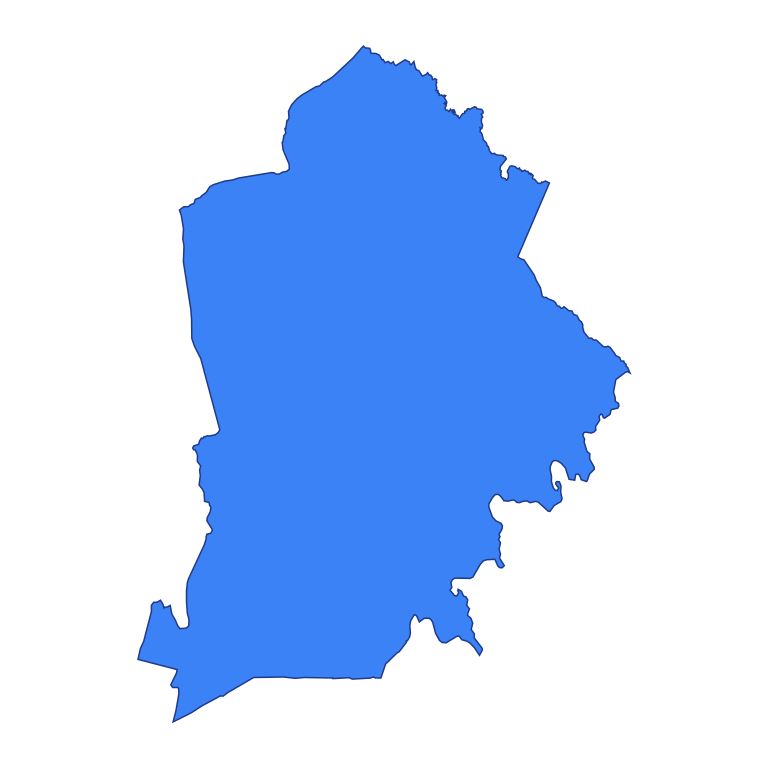 Kompienga, Kompienga, Burkina Faso
{"feature_id": "67063806B63358793036390", "entity_name": "Kompienga", "entity_type": "district", "adm_level": 2, "iso_a3": "BFA", "parent_name": "Burkina Faso", "parent_adm1": "Kompienga", "projection": "equal_earth", "projection_center": [0.936, 11.436], "detail": "fine", "context": "isolated", "style": "filled", "palette": "blue", "viewbox_px": 768, "rotation_deg": 0, "n_neighbors": 0, "source": "geoboundaries", "source_scale": "gbopen_adm2", "svg_char_len": 6074}
<svg xmlns="http://www.w3.org/2000/svg" viewBox="0 0 768 768"><path d="M179.4,210.1L181.3,215.4L183.5,228.9L182.8,238.8L184.0,246.0L183.4,261.8L190.8,309.3L191.6,319.9L191.8,338.4L194.6,346.5L200.8,358.7L219.8,429.7L218.3,432.4L215.5,434.7L209.1,436.0L207.1,435.7L205.1,436.9L204.1,436.6L202.6,438.5L201.4,438.1L199.7,440.7L198.6,444.3L193.7,445.9L192.7,448.0L193.5,449.7L195.0,449.8L196.5,452.5L197.5,455.3L197.3,461.4L200.6,465.8L199.6,470.3L200.3,475.7L199.1,485.0L202.6,489.4L204.1,492.9L204.6,501.4L209.0,502.4L209.7,505.5L210.9,507.3L210.2,511.8L207.2,517.7L206.9,520.8L212.1,529.3L212.2,530.7L210.7,533.3L207.0,534.1L206.1,536.6L206.1,539.1L204.2,545.0L188.6,578.6L187.4,582.4L186.5,590.5L186.5,601.7L187.3,613.0L189.0,619.6L188.8,625.4L187.7,627.0L185.6,628.2L179.9,628.6L177.6,625.6L175.4,620.2L171.8,614.0L170.2,605.4L166.7,607.2L164.6,607.1L164.1,607.9L162.7,603.8L160.5,600.2L157.1,602.2L153.7,602.3L151.4,605.3L151.4,611.7L143.7,641.3L140.4,648.5L138.0,659.4L177.2,669.6L176.4,673.2L170.8,684.9L172.7,687.5L177.9,687.5L178.7,689.0L178.9,693.6L176.0,710.4L173.1,721.9L191.4,712.7L201.7,706.0L220.1,696.0L223.1,696.1L227.6,692.7L253.6,677.5L283.3,677.0L295.2,678.3L304.3,677.5L333.0,678.0L333.0,678.6L349.1,677.7L352.3,679.1L369.9,678.1L373.9,677.0L375.1,677.9L380.9,678.0L385.6,664.0L397.0,653.0L399.2,651.7L406.2,642.6L406.1,641.0L407.3,640.9L409.7,636.8L410.4,632.5L409.8,625.8L410.7,620.7L414.0,615.1L415.5,614.9L416.8,616.2L419.3,621.9L424.2,618.3L429.2,618.3L431.2,619.8L432.8,622.6L435.6,633.3L439.5,640.4L442.1,642.5L446.1,642.8L456.9,636.3L459.3,636.2L461.7,639.7L466.8,641.1L469.9,643.0L474.5,647.8L479.5,655.3L482.4,649.9L482.0,648.1L474.2,637.8L474.3,633.8L471.2,629.5L472.7,623.2L470.9,618.2L467.7,615.5L467.7,613.6L469.5,608.9L466.7,605.3L467.7,599.8L466.0,596.9L463.6,596.1L461.4,591.3L458.1,589.3L457.8,590.4L458.6,593.0L456.8,596.1L454.5,595.5L450.0,590.1L451.8,587.4L450.9,582.3L452.3,579.8L454.7,578.1L470.1,578.4L472.9,577.0L480.3,564.3L483.5,560.7L487.0,559.7L494.9,559.3L497.8,565.9L499.5,567.6L502.2,567.8L504.3,565.6L499.5,558.1L500.5,554.2L499.1,549.1L500.5,542.8L498.5,539.6L500.0,536.7L499.0,534.5L502.1,528.9L502.4,525.7L501.0,523.3L495.9,520.8L492.4,517.0L488.8,507.1L488.9,503.9L492.5,497.6L495.3,494.6L498.2,494.3L500.6,496.2L504.0,500.8L508.5,501.1L512.6,500.0L514.8,500.4L516.8,502.4L519.7,502.6L523.4,501.2L527.2,501.0L530.1,502.7L535.5,501.4L538.1,502.0L548.2,511.2L550.0,511.4L554.2,505.4L560.9,501.6L562.1,498.7L560.7,492.4L561.0,485.9L559.4,481.8L556.9,481.5L555.8,482.6L555.9,484.3L558.7,488.1L557.3,490.6L554.9,490.1L553.1,487.5L551.4,481.5L551.5,476.1L550.1,469.8L550.3,466.7L551.8,462.6L553.5,460.7L556.9,460.6L561.3,463.3L565.4,467.9L569.1,479.3L574.7,480.2L575.7,474.5L577.9,474.0L579.6,475.3L581.2,479.7L586.4,481.5L587.2,480.8L589.5,474.0L594.2,469.4L594.2,467.2L589.7,459.1L589.8,453.7L587.0,451.5L584.1,442.0L584.6,439.2L582.8,435.2L583.8,432.8L585.4,432.1L591.4,433.0L594.0,432.0L595.9,429.9L595.5,426.7L599.7,420.2L599.2,416.4L600.6,414.2L602.1,414.4L603.4,417.8L604.7,418.1L610.0,414.4L611.2,409.6L617.7,408.2L618.9,406.0L618.5,403.4L615.4,401.4L615.1,397.3L613.5,392.2L615.8,379.6L625.2,372.5L627.4,371.5L630.0,373.0L627.5,367.3L626.1,366.2L626.1,364.3L624.4,363.1L623.7,361.0L621.1,361.1L619.6,357.5L615.6,355.4L614.7,353.5L610.1,347.4L607.9,346.2L606.2,346.9L603.3,346.6L596.4,340.1L593.3,339.9L591.7,338.1L589.0,338.3L584.0,332.2L582.7,327.4L582.8,324.9L581.4,321.8L579.4,320.3L577.0,315.6L573.5,314.3L571.9,311.0L568.7,310.6L564.0,306.7L562.2,308.3L560.9,308.2L559.4,306.3L557.4,306.0L555.4,302.6L553.5,300.9L548.0,298.8L546.5,297.5L543.8,297.3L542.3,296.3L540.4,287.7L536.4,280.6L534.1,274.9L523.9,259.8L520.4,258.7L517.8,256.8L549.4,183.0L545.4,181.0L542.4,182.5L541.7,182.0L540.7,183.5L537.8,183.1L534.7,179.4L532.7,178.8L532.5,177.6L533.2,175.7L530.9,173.3L531.3,174.2L530.9,174.7L529.9,173.1L529.0,173.8L527.9,171.4L526.0,171.3L524.9,170.2L521.9,171.6L521.6,170.2L520.2,170.0L519.5,168.0L517.7,168.9L515.1,166.6L511.5,165.8L509.8,166.5L507.4,171.1L507.5,172.8L508.3,173.3L508.4,177.4L507.0,180.0L506.3,180.3L505.3,178.7L501.7,177.6L500.6,175.4L501.1,174.5L500.5,172.9L501.1,172.3L501.2,170.8L499.9,169.6L500.5,166.3L506.4,158.9L505.3,156.9L503.6,156.6L503.3,155.5L497.2,155.0L494.7,154.0L494.6,153.4L491.9,153.7L489.8,151.4L488.3,146.5L487.4,146.1L486.3,142.8L483.4,139.9L482.2,134.6L481.1,132.4L480.2,132.0L480.1,130.8L480.6,129.5L480.1,127.9L481.8,128.6L482.6,125.5L481.4,122.1L481.5,118.5L482.7,117.0L481.2,114.4L483.1,113.0L482.9,111.0L481.7,109.4L477.1,108.9L476.1,107.3L474.6,106.7L469.6,109.4L468.6,108.6L467.1,109.1L466.7,110.8L464.7,111.4L464.8,113.1L462.6,113.7L459.4,118.3L457.9,116.8L458.1,115.8L456.9,115.7L455.5,114.0L454.3,114.5L453.7,113.9L454.2,112.4L455.1,112.2L454.1,109.9L452.9,109.9L453.1,111.6L452.4,112.3L452.4,111.3L450.4,109.2L449.2,111.6L447.3,110.1L445.9,110.1L445.0,107.9L446.3,105.4L444.2,103.5L444.9,102.7L446.2,104.1L446.6,103.6L446.2,102.5L446.8,102.0L444.3,97.5L445.7,95.8L444.1,95.2L443.2,96.3L441.5,94.9L439.2,95.4L439.3,93.5L437.4,92.5L438.2,91.7L437.8,90.4L435.9,90.5L436.8,88.0L435.8,84.7L436.8,82.4L436.2,81.7L436.7,79.7L434.8,78.6L433.9,79.5L432.5,79.5L432.1,77.0L430.6,75.1L429.3,75.2L427.6,72.7L426.2,74.4L422.4,76.1L418.9,70.7L416.7,69.9L415.3,67.7L413.9,61.5L411.2,64.8L410.2,64.3L409.3,62.0L405.0,59.8L395.8,65.6L394.5,64.6L393.2,61.8L390.9,63.6L388.0,61.4L385.2,62.7L383.1,59.5L382.0,59.9L379.4,55.1L375.9,53.5L371.3,53.2L370.7,52.8L370.6,50.3L369.6,48.3L365.1,47.8L363.6,46.1L362.7,46.7L352.8,58.2L332.4,77.2L325.1,81.8L323.8,81.9L319.7,85.8L315.6,86.9L301.9,95.0L296.8,99.0L291.7,104.7L288.5,111.2L289.0,117.9L288.1,119.9L287.0,120.4L285.7,128.9L285.0,128.7L285.8,133.2L283.8,135.7L283.0,141.4L282.2,142.4L283.1,149.8L289.1,164.2L289.3,169.1L286.4,171.5L282.5,172.1L279.4,174.0L276.1,174.2L274.1,172.8L271.3,172.6L238.2,178.1L233.0,179.9L224.7,181.1L213.3,184.7L209.7,186.8L206.1,192.5L201.6,195.8L200.7,197.3L195.2,199.4L194.5,202.3L193.5,203.6L190.4,204.8L188.6,206.6L183.7,206.8L179.4,210.1Z" fill="#3b82f6" stroke="#1e3a8a" stroke-width="1.5"/></svg>